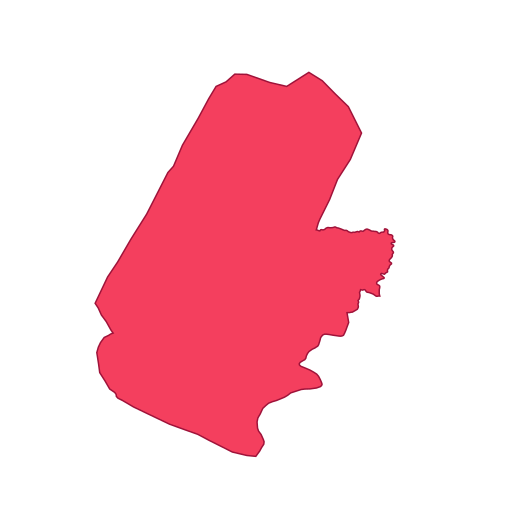 Deiyai, Papua, Indonesia, rotated 293°
{"feature_id": "22746128B51921656212420", "entity_name": "Deiyai", "entity_type": "district", "adm_level": 2, "iso_a3": "IDN", "parent_name": "Indonesia", "parent_adm1": "Papua", "projection": "equal_earth", "projection_center": [136.433, -4.156], "detail": "fine", "context": "isolated", "style": "filled", "palette": "rose", "viewbox_px": 512, "rotation_deg": 293, "n_neighbors": 0, "source": "geoboundaries", "source_scale": "gbopen_adm2", "svg_char_len": 6054}
<svg xmlns="http://www.w3.org/2000/svg" viewBox="0 0 512 512"><g transform="rotate(293 256 256)"><path d="M445.7,232.9L424.1,218.0L421.1,200.8L419.6,176.6L415.1,165.4L404.6,160.4L396.5,153.0L382.2,151.0L360.4,149.0L329.2,145.0L306.4,145.0L298.5,142.3L251.9,139.0L222.7,134.3L196.5,131.0L178.7,127.6L149.6,126.4L146.5,131.1L141.3,136.7L137.1,143.8L131.1,151.5L129.2,154.6L127.6,152.9L125.3,151.3L121.7,148.1L115.6,146.7L110.5,146.5L104.9,147.2L94.9,153.4L87.6,157.7L81.9,166.0L76.4,173.3L75.2,179.3L73.9,181.4L72.2,182.3L71.2,184.4L70.9,188.5L71.0,188.5L70.5,192.2L70.1,195.5L69.2,202.2L68.5,217.1L68.0,228.7L67.4,242.2L68.3,258.9L69.1,272.1L68.0,284.5L67.1,298.8L66.3,310.8L68.8,325.5L71.5,334.1L72.7,334.4L73.7,334.6L77.8,335.6L81.8,336.0L85.8,336.7L88.2,336.0L90.0,334.4L93.7,330.4L95.8,326.8L98.1,324.7L103.7,321.8L107.7,321.0L112.3,321.6L115.9,321.7L118.4,321.8L122.3,323.5L125.4,325.1L128.3,328.0L131.0,331.3L134.1,334.4L137.2,337.4L140.2,339.6L143.5,341.4L146.9,345.3L150.8,349.8L152.6,352.9L154.8,357.7L158.1,363.2L160.9,366.3L162.4,367.0L163.8,366.9L165.2,365.7L167.4,363.4L169.7,360.6L171.0,358.0L171.6,354.5L172.1,350.1L172.1,344.6L172.0,340.3L172.7,338.5L173.7,337.9L175.3,338.2L177.9,340.0L179.6,341.4L181.4,341.8L183.7,341.4L186.3,341.5L188.8,342.1L192.2,344.2L194.4,346.2L196.0,347.2L197.0,348.0L198.8,348.3L203.0,347.9L206.2,347.4L209.2,348.2L210.7,349.5L211.5,351.2L212.3,354.0L213.2,357.9L214.0,360.9L214.7,363.6L215.3,365.3L216.0,366.4L217.2,367.5L219.6,367.7L222.9,367.7L226.5,367.5L231.0,367.3L239.4,361.9L240.5,364.3L241.4,365.5L241.9,366.5L242.3,366.9L244.4,368.5L246.6,370.1L248.4,370.2L249.4,370.0L251.2,368.9L251.6,368.6L253.4,368.6L253.7,368.5L254.9,367.3L256.9,367.9L259.2,367.5L260.4,367.1L262.0,366.1L263.0,365.5L264.9,365.6L265.9,365.4L266.1,366.6L266.2,367.3L266.5,367.8L267.1,368.3L267.4,368.9L267.4,369.6L267.2,370.1L266.9,370.6L266.6,371.0L266.4,371.2L266.2,371.8L266.1,372.3L266.2,372.9L266.4,373.6L266.5,374.2L266.6,374.9L266.6,375.5L266.7,376.9L266.7,379.0L266.4,380.2L266.3,380.7L266.0,382.0L266.0,382.5L266.1,382.9L266.3,383.3L266.5,383.6L267.1,384.5L267.5,385.6L268.7,384.7L269.4,384.2L270.8,383.6L273.2,382.6L274.4,382.4L275.1,382.3L275.8,382.0L276.4,381.8L276.7,381.5L276.9,381.2L277.1,380.2L277.2,379.0L277.3,378.5L277.6,378.0L278.4,377.5L279.5,377.5L280.5,378.0L281.4,378.6L282.4,379.3L283.3,380.1L284.4,381.3L285.1,382.3L285.8,382.6L286.2,382.3L286.6,381.1L287.3,378.7L287.7,378.0L288.2,377.9L288.5,377.9L288.8,378.1L289.1,378.5L289.2,379.3L289.3,380.5L289.4,381.3L289.8,381.6L290.1,381.6L291.1,382.0L291.9,382.7L292.6,383.2L292.9,383.3L293.2,383.1L293.5,382.9L293.8,382.7L294.3,382.6L294.7,382.5L295.3,382.4L295.8,382.6L296.4,382.9L296.9,383.0L297.4,383.0L298.2,382.8L298.8,382.8L299.3,382.8L299.7,382.8L300.1,383.0L301.1,383.5L301.5,383.7L301.7,383.8L302.0,383.7L302.4,383.5L302.5,383.3L302.9,381.6L303.3,380.7L303.8,380.4L304.6,380.3L305.1,380.4L305.6,380.6L306.2,380.9L306.9,381.1L307.5,381.3L308.0,381.4L308.6,381.5L309.1,381.5L310.0,381.2L310.6,380.8L310.9,380.8L312.1,381.1L312.6,381.2L313.2,381.0L313.4,380.8L314.4,379.1L314.7,378.7L315.1,378.4L315.7,378.1L316.4,378.0L316.9,377.9L317.9,378.3L318.5,378.6L318.9,378.8L319.2,378.7L319.4,378.6L319.6,378.5L319.7,378.3L319.8,378.0L319.8,377.7L319.8,377.1L319.8,376.6L319.9,376.2L320.0,375.9L320.3,375.6L320.5,375.5L320.9,375.5L321.2,375.7L321.5,376.0L322.1,377.1L322.3,377.4L322.5,377.7L322.6,377.9L323.0,378.2L323.3,378.2L323.5,378.2L323.8,378.1L324.0,377.9L324.1,377.6L324.2,377.3L324.4,376.9L324.4,376.5L324.6,376.2L324.7,375.9L324.9,375.7L325.1,375.4L325.4,375.0L325.7,374.8L326.0,374.6L326.4,374.4L326.9,374.3L327.2,374.3L327.5,374.2L327.8,374.0L327.9,373.9L328.0,373.7L328.2,373.2L328.3,372.9L328.3,372.7L328.3,372.3L328.3,372.0L328.2,371.7L328.0,371.0L327.9,370.7L327.8,370.4L327.8,370.1L327.8,369.8L327.8,369.5L327.9,369.2L328.0,369.0L328.2,368.7L328.4,368.5L328.6,368.3L328.9,368.2L329.1,368.1L329.9,367.9L330.2,367.8L330.5,367.7L330.8,367.6L331.0,367.4L331.2,367.2L331.3,367.0L331.5,366.6L331.6,366.3L331.6,365.8L331.6,365.4L331.6,364.9L331.5,364.6L331.4,364.3L331.3,364.0L331.1,363.8L330.9,363.8L330.6,363.8L329.9,364.4L329.7,364.5L329.3,364.5L329.1,364.5L328.9,364.4L328.5,364.3L328.3,364.3L328.0,364.2L327.8,364.0L327.6,363.6L327.2,362.7L326.9,362.3L326.6,361.9L326.3,361.6L325.6,361.2L325.2,361.0L325.0,360.7L324.9,360.4L324.9,360.1L324.9,359.8L324.9,359.5L325.0,359.3L325.2,359.0L325.4,358.6L325.5,358.2L325.5,357.6L325.5,357.1L325.3,356.4L324.9,355.3L324.8,354.9L324.7,354.3L324.5,353.8L324.3,353.4L324.2,353.0L324.1,352.6L324.1,352.0L324.2,351.6L324.2,351.1L324.3,350.6L324.3,348.8L324.3,348.6L324.3,348.2L324.1,347.6L323.9,347.2L323.6,346.8L323.2,346.5L322.7,346.1L322.2,345.8L321.6,345.5L321.2,345.3L320.7,345.0L320.5,344.8L320.4,344.6L320.4,344.3L320.3,343.9L320.2,343.2L320.1,342.7L319.7,342.3L319.5,342.0L319.1,341.8L318.8,341.7L318.5,341.6L318.4,341.4L318.3,341.1L318.3,340.1L318.2,339.8L318.0,339.5L317.7,339.2L316.9,338.2L316.6,338.0L316.4,337.7L316.3,337.4L316.2,337.2L316.2,336.9L316.0,336.4L315.8,336.0L315.4,335.5L315.1,335.3L314.9,334.9L314.8,334.6L314.6,334.2L314.6,333.7L314.5,333.0L314.5,332.4L314.5,331.9L314.5,331.4L314.9,330.1L314.9,329.6L314.9,329.1L314.7,328.7L314.5,328.2L314.3,327.7L314.1,327.3L314.1,326.8L314.1,326.0L314.1,324.9L314.1,324.3L314.1,323.6L314.0,322.3L314.0,321.8L313.9,320.8L313.9,320.6L313.7,320.0L313.6,319.7L313.6,319.4L313.6,318.9L313.7,318.3L313.7,318.0L313.7,317.7L313.6,317.4L313.4,317.0L313.2,316.8L313.0,316.6L312.2,315.6L312.0,315.3L311.9,315.1L310.9,313.1L310.6,311.9L310.2,310.9L310.0,310.6L309.8,310.4L309.5,310.1L309.0,309.7L308.7,309.4L308.3,309.2L307.4,308.9L307.1,308.6L306.8,308.3L306.5,307.9L306.3,307.6L306.1,307.2L305.9,306.1L305.7,305.7L305.5,305.4L305.2,305.2L304.9,305.1L304.6,305.1L304.3,305.1L304.2,305.0L304.1,304.9L303.9,304.5L303.8,303.4L303.8,302.5L303.8,301.9L303.7,301.6L303.6,301.3L310.9,300.4L314.8,300.4L336.6,301.7L358.4,301.1L381.7,305.1L410.4,305.1L429.5,282.7L436.3,265.2L443.2,248.6L445.7,232.9Z" fill="#f43f5e" stroke="#9f1239" stroke-width="1.5"/></g></svg>